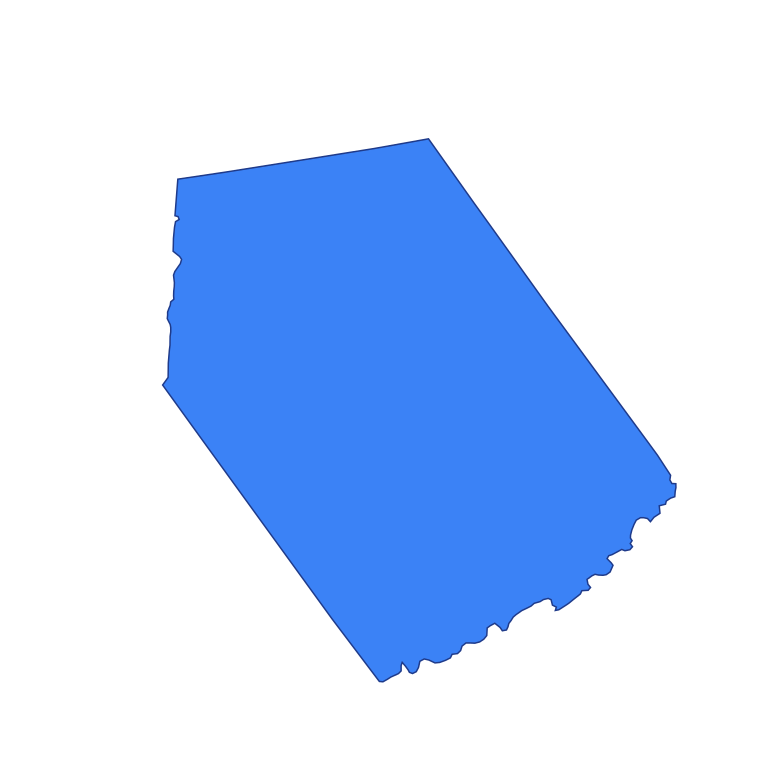 outline of Cacaulândia, Rondônia, Brazil, rotated 234°
{"feature_id": "56859067B49219352113173", "entity_name": "Cacaulândia", "entity_type": "district", "adm_level": 2, "iso_a3": "BRA", "parent_name": "Brazil", "parent_adm1": "Rondônia", "projection": "robinson", "projection_center": [-63.097, -10.33], "detail": "fine", "context": "isolated", "style": "filled", "palette": "blue", "viewbox_px": 768, "rotation_deg": 234, "n_neighbors": 0, "source": "geoboundaries", "source_scale": "gbopen_adm2", "svg_char_len": 1998}
<svg xmlns="http://www.w3.org/2000/svg" viewBox="0 0 768 768"><g transform="rotate(234 384 384)"><path d="M146.1,205.4L143.7,208.1L143.1,213.3L142.9,217.3L141.2,225.5L141.8,229.2L146.1,232.3L148.1,235.1L143.2,235.5L138.6,235.5L135.8,235.1L133.0,236.9L132.3,241.0L134.4,245.3L138.6,250.0L137.9,254.9L134.4,258.0L128.4,261.3L126.0,265.4L124.3,271.3L123.4,276.7L125.3,280.2L122.7,285.0L123.3,289.3L126.1,293.1L126.3,298.1L123.6,301.8L120.9,305.2L119.1,309.8L118.9,314.8L120.1,319.3L126.0,324.1L126.0,327.9L125.3,333.0L118.9,334.8L114.8,334.7L113.0,338.5L114.7,341.6L116.9,344.2L117.9,347.6L119.5,351.6L119.8,355.3L119.7,362.3L118.6,368.1L117.9,372.5L118.3,376.6L116.2,382.3L115.9,386.3L114.0,390.8L111.3,392.4L106.1,390.3L102.2,392.3L100.1,389.5L98.6,392.7L98.1,401.5L98.0,404.8L98.3,409.8L98.7,419.4L100.5,422.6L97.1,427.9L98.0,431.5L102.1,431.3L106.6,433.4L106.6,439.5L106.0,442.9L103.5,445.1L100.5,448.8L99.1,451.7L99.0,456.4L102.7,462.7L105.8,462.7L111.6,461.8L113.0,464.9L111.9,468.2L110.4,479.1L107.5,480.9L105.4,485.5L106.3,489.4L110.2,489.4L111.4,492.6L114.5,492.8L116.9,494.7L120.3,498.8L123.4,503.7L125.6,508.1L125.1,512.9L123.2,515.5L120.3,518.1L116.0,518.6L117.5,524.1L117.2,531.3L123.7,535.1L121.3,541.1L123.4,543.6L123.2,548.8L121.9,553.0L126.0,556.5L128.5,559.2L131.8,561.5L134.3,558.4L138.4,558.9L141.7,562.2L165.6,563.4L190.2,563.3L277.3,562.8L350.6,562.4L451.7,563.1L477.6,563.2L556.2,564.1L580.4,514.2L591.4,492.6L648.8,379.9L670.9,337.6L643.0,313.8L640.5,315.8L637.5,315.0L637.9,310.8L633.9,306.6L625.5,299.2L621.4,296.1L615.3,291.4L607.3,293.6L603.8,293.5L601.1,290.0L599.2,284.5L598.0,281.0L595.8,277.7L589.2,274.0L586.0,271.5L582.6,268.4L579.0,265.6L576.1,263.8L575.8,259.7L573.3,257.3L571.4,254.2L569.4,251.2L567.0,249.5L564.3,247.1L560.9,246.5L557.8,246.0L555.1,244.7L551.5,242.1L548.3,239.0L541.1,233.6L537.8,230.5L527.7,221.8L523.0,218.3L516.2,213.2L513.3,204.3L447.3,204.1L350.8,204.0L224.3,203.9L146.1,205.4Z" fill="#3b82f6" stroke="#1e3a8a" stroke-width="1.5"/></g></svg>